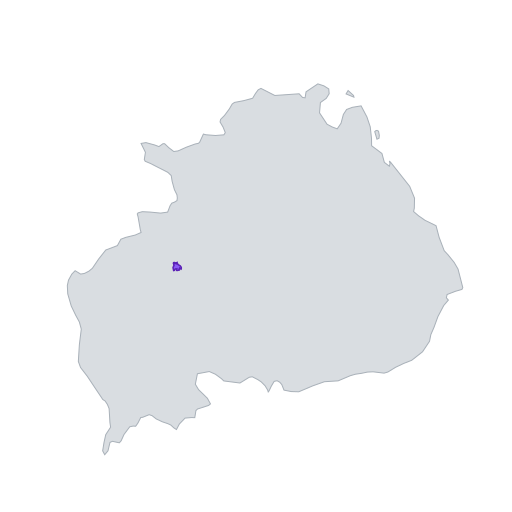 Kracheh, Krâchéh, Cambodia shown in context, rotated 168°
{"feature_id": "14789045B39299844966320", "entity_name": "Kracheh", "entity_type": "district", "adm_level": 2, "iso_a3": "KHM", "parent_name": "Cambodia", "parent_adm1": "Krâchéh", "projection": "mercator", "projection_center": [106.043, 12.483], "detail": "fine", "context": "in_parent", "style": "filled", "palette": "violet", "viewbox_px": 512, "rotation_deg": 168, "n_neighbors": 0, "source": "geoboundaries", "source_scale": "gbopen_adm2", "svg_char_len": 4374}
<svg xmlns="http://www.w3.org/2000/svg" viewBox="0 0 512 512"><g transform="rotate(168 256 256)"><path d="M445.3,93.1L446.5,97.3L443.4,105.3L440.1,112.5L433.8,118.8L433.5,123.5L431.4,137.3L432.2,141.7L433.7,145.5L435.7,147.5L441.1,161.0L446.0,173.4L450.8,183.4L451.7,189.8L447.2,206.0L442.1,220.8L442.5,228.2L444.7,235.6L447.1,245.5L448.0,258.1L446.7,266.3L444.4,271.4L439.9,276.6L436.0,279.2L431.3,274.8L427.6,274.6L422.6,275.9L418.6,278.0L410.6,285.7L401.7,293.1L389.4,295.0L384.7,300.5L379.5,301.3L369.8,301.6L363.5,302.9L363.7,305.7L363.2,318.8L363.4,321.8L362.4,322.7L358.0,323.0L350.5,321.0L340.4,317.8L333.3,317.3L329.6,323.0L327.4,325.2L324.7,325.6L321.8,326.6L320.9,329.1L320.6,332.3L322.0,337.8L322.5,346.4L322.2,352.3L324.8,356.1L340.2,368.6L344.7,371.7L345.2,373.6L342.6,380.4L345.0,390.0L340.1,389.8L332.1,385.7L328.2,383.2L323.6,385.2L322.0,384.8L318.8,380.1L314.7,375.3L310.4,375.0L301.5,376.9L292.3,378.2L288.8,378.2L287.4,379.1L282.1,386.2L279.8,385.0L270.6,382.3L262.2,381.2L260.4,383.1L261.4,388.9L263.3,394.6L262.2,397.0L257.6,400.0L251.5,405.4L247.7,409.6L245.1,410.7L235.8,410.5L226.5,411.0L222.8,415.0L219.3,418.1L216.3,418.9L204.2,409.1L180.1,405.7L177.5,401.4L175.1,400.5L172.9,406.2L159.7,411.5L154.2,408.3L150.1,404.3L150.7,399.5L154.5,395.6L161.1,392.7L164.1,382.8L159.1,370.1L154.7,366.4L150.1,363.5L145.2,368.2L141.1,376.3L136.9,380.5L130.8,381.4L122.0,381.0L118.6,369.0L117.4,358.6L118.6,346.8L120.0,339.8L111.5,330.1L111.0,320.9L106.9,316.1L105.7,318.5L105.8,321.2L104.6,319.2L91.2,292.2L88.9,279.6L91.2,269.9L92.6,266.7L88.7,261.6L83.3,255.8L73.6,248.2L73.0,236.2L70.8,222.0L67.9,217.2L63.5,208.5L61.1,201.2L60.3,182.1L61.5,180.5L68.4,180.0L77.1,178.6L78.5,175.5L77.0,172.9L82.6,168.6L90.6,159.0L96.8,149.1L101.3,142.8L104.0,136.5L113.0,127.7L125.4,121.6L133.9,120.2L142.7,118.1L151.1,115.1L155.1,114.8L165.6,118.4L171.3,119.3L177.2,119.3L183.4,119.7L188.7,119.3L201.6,116.8L215.2,118.8L227.4,117.2L242.4,114.3L249.8,116.1L256.5,119.0L257.5,124.9L259.0,127.6L261.3,129.6L264.3,129.6L268.1,125.5L271.3,121.3L272.3,120.5L272.5,122.6L274.1,127.2L277.0,131.7L279.9,134.7L284.7,138.6L287.8,138.8L298.1,135.1L313.5,140.5L315.3,143.2L320.3,148.8L325.7,152.7L337.8,153.0L342.0,143.2L340.0,137.3L333.1,126.9L331.3,120.8L333.4,119.7L345.0,118.5L346.9,117.3L349.5,110.6L352.7,111.4L359.1,112.2L365.9,107.6L369.9,102.8L372.1,105.0L374.5,108.4L377.2,110.4L382.1,113.3L387.5,117.4L390.8,121.4L393.5,123.0L400.4,121.8L402.3,122.0L406.3,117.1L409.1,114.5L411.5,115.2L415.0,115.2L422.2,108.9L426.3,103.3L428.5,101.7L435.0,104.6L437.6,104.0L441.3,96.2L445.3,93.1ZM114.0,353.0L112.7,353.7L111.5,353.7L110.2,352.6L110.3,348.3L111.2,345.6L113.4,345.1L114.0,353.0ZM134.2,395.8L131.5,398.7L127.2,392.7L127.2,391.0L134.2,395.8Z" fill="#d9dde1" stroke="#a8b0b8" stroke-width="1"/><path d="M334.5,265.5L334.7,265.3L334.9,265.1L335.0,265.0L335.1,264.9L335.2,265.0L335.3,265.0L335.5,265.0L335.6,265.3L335.8,265.4L335.9,265.2L336.0,265.2L336.1,265.3L336.2,265.6L336.1,265.8L335.9,265.9L335.8,266.0L336.0,266.0L336.3,266.1L336.5,266.1L336.8,265.9L337.0,265.8L337.1,266.0L337.1,266.4L337.1,266.5L337.3,266.7L337.5,266.7L337.8,266.6L338.0,266.6L338.1,266.4L338.2,266.2L338.3,266.1L338.3,265.9L338.2,265.8L338.1,265.6L338.1,265.4L338.2,265.2L338.2,264.8L338.2,264.7L338.3,264.4L338.2,264.3L338.1,264.2L338.1,263.9L338.2,263.7L338.3,263.5L338.4,263.4L338.7,263.2L338.8,263.1L339.0,262.8L339.1,262.7L339.3,262.3L339.5,262.1L339.6,261.7L339.6,261.4L339.6,261.2L339.6,260.9L339.6,260.1L339.6,258.9L339.4,258.9L339.2,258.9L339.0,259.0L338.9,259.1L338.7,259.0L338.6,259.3L338.3,259.6L338.2,259.7L337.9,259.9L337.7,260.1L337.4,260.1L337.1,260.1L336.8,260.0L336.6,260.0L336.5,259.9L336.4,259.9L336.2,259.9L336.3,259.7L336.4,259.4L336.5,259.2L336.6,258.9L336.6,258.6L336.6,258.4L336.4,258.3L336.2,258.2L335.8,258.2L335.7,258.2L334.0,258.2L334.0,258.3L333.9,258.5L334.0,258.9L333.9,259.0L333.7,259.4L333.6,259.6L333.3,259.8L333.2,260.0L332.9,259.6L332.6,259.2L332.4,259.0L332.2,258.9L332.0,258.7L331.9,258.8L331.8,259.0L331.7,259.3L331.6,259.5L331.5,259.9L331.5,260.1L331.5,260.5L331.6,260.8L331.7,261.1L331.8,261.3L331.9,261.5L332.0,261.8L332.1,262.0L332.3,262.3L332.5,262.4L332.6,262.5L332.9,262.8L333.2,263.1L333.5,263.3L333.6,263.5L333.9,263.8L334.0,263.9L334.0,264.1L334.3,264.5L334.4,265.0L334.5,265.4L334.5,265.5Z" fill="#8b5cf6" stroke="#5b21b6" stroke-width="1.5"/></g></svg>